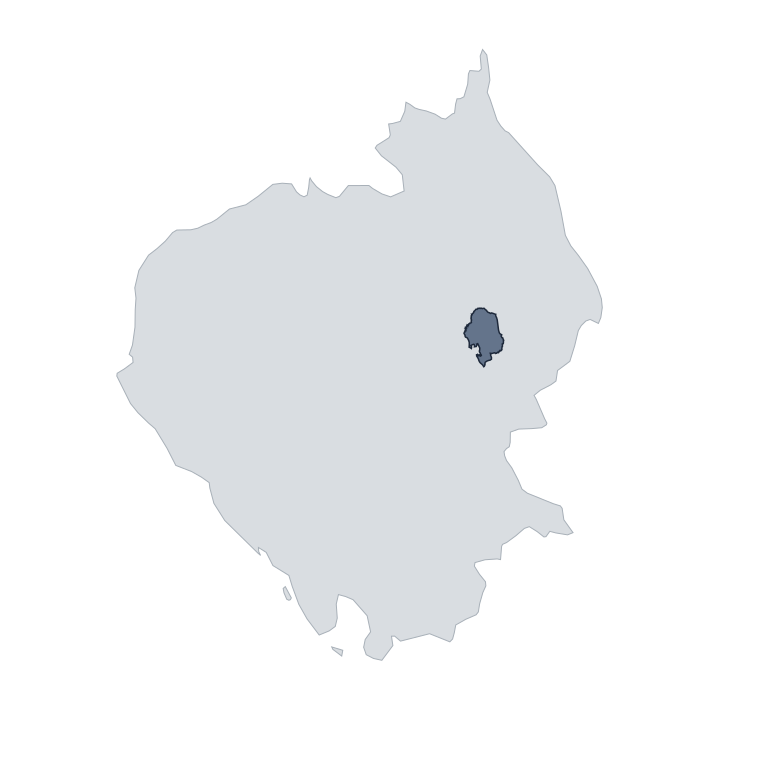 location of Chetr Borei, Krâchéh, Cambodia, rotated 335°
{"feature_id": "14789045B88905029320909", "entity_name": "Chetr Borei", "entity_type": "district", "adm_level": 2, "iso_a3": "KHM", "parent_name": "Cambodia", "parent_adm1": "Krâchéh", "projection": "equal_earth", "projection_center": [106.168, 12.563], "detail": "fine", "context": "in_parent", "style": "filled", "palette": "slate", "viewbox_px": 768, "rotation_deg": 335, "n_neighbors": 0, "source": "geoboundaries", "source_scale": "gbopen_adm2", "svg_char_len": 7783}
<svg xmlns="http://www.w3.org/2000/svg" viewBox="0 0 768 768"><g transform="rotate(335 384 384)"><path d="M614.7,122.5L616.2,129.2L612.4,141.8L608.4,153.3L600.8,163.3L600.5,170.7L597.9,192.7L598.9,199.7L600.7,205.7L603.2,208.9L609.8,230.5L615.8,250.1L621.7,266.2L622.8,276.4L617.4,302.2L611.2,325.9L611.7,337.8L614.5,349.6L617.4,365.4L618.5,385.6L617.0,398.8L614.1,407.0L608.6,415.4L603.9,419.7L598.1,412.6L593.6,412.2L587.5,414.4L582.7,417.7L572.9,430.0L562.0,442.0L547.0,445.1L541.1,454.0L534.9,455.2L523.0,455.7L515.2,457.7L515.5,462.2L514.9,483.4L515.1,488.3L513.9,489.6L508.5,490.3L499.4,487.0L487.0,481.8L478.2,481.0L473.7,490.2L471.0,493.8L467.7,494.3L464.2,496.0L463.0,500.1L462.7,505.2L464.4,514.0L465.0,528.0L464.6,537.6L467.8,543.6L486.7,563.9L492.3,569.0L492.9,572.0L489.6,583.1L492.5,598.6L486.6,598.3L476.8,591.6L472.0,587.6L466.3,590.8L464.3,590.2L460.5,582.6L455.4,574.7L450.2,574.2L439.2,577.3L428.0,579.5L423.7,579.4L422.0,580.8L415.4,592.4L412.7,590.4L401.3,586.0L391.0,584.3L388.9,587.3L390.1,596.8L392.4,606.1L391.0,610.0L385.4,614.8L377.8,623.6L373.2,630.4L370.0,632.1L358.6,631.8L347.2,632.7L342.6,639.1L338.4,644.1L334.7,645.5L319.8,629.6L290.3,624.0L287.1,617.0L284.2,615.7L281.5,624.8L265.3,633.5L258.5,628.3L253.5,621.8L254.3,614.0L259.0,607.6L267.1,603.0L270.8,586.9L264.8,566.4L259.4,560.4L253.7,555.6L247.7,563.3L242.7,576.4L237.4,583.1L230.0,584.6L219.2,584.1L215.0,564.5L213.7,547.7L215.3,528.6L216.9,517.3L206.6,501.6L206.1,486.8L201.1,479.1L199.6,483.0L199.7,487.2L198.3,484.1L182.0,440.5L179.4,420.3L182.2,404.7L183.9,399.5L179.2,391.3L172.6,382.0L160.9,369.8L160.2,350.5L157.7,327.8L154.2,320.1L148.9,306.1L146.0,294.6L145.2,263.9L146.7,261.5L155.0,260.6L165.7,258.4L167.5,253.4L165.6,249.4L172.5,242.4L182.3,227.3L190.0,211.4L195.5,201.4L198.8,191.5L209.9,177.4L225.1,167.7L235.4,165.4L246.2,162.1L256.4,157.4L261.3,156.9L274.1,162.6L281.0,164.1L288.2,164.0L295.7,164.6L302.2,164.0L317.9,160.1L334.5,163.2L349.3,160.7L367.6,156.1L376.6,159.0L384.8,163.6L385.9,172.9L387.8,177.2L390.6,180.5L394.2,180.4L398.9,173.9L402.8,167.3L404.1,166.0L404.3,169.3L406.2,176.6L409.7,183.7L413.2,188.5L419.1,194.8L422.9,195.1L435.5,189.1L454.2,197.7L456.4,202.1L462.5,210.9L469.1,217.2L483.8,217.6L489.0,202.1L486.5,192.6L478.1,176.1L475.8,166.4L478.5,164.7L492.7,162.9L495.0,160.9L498.1,150.3L501.9,151.5L509.8,152.9L518.1,145.6L523.0,137.9L525.6,141.4L528.6,146.8L531.8,149.9L537.8,154.5L544.3,161.0L548.4,167.4L551.7,169.9L560.1,168.1L562.4,168.3L567.2,160.6L570.7,156.4L573.6,157.6L577.8,157.5L586.6,147.6L591.6,138.6L594.3,136.2L602.2,140.7L605.3,139.7L609.8,127.4L614.7,122.5ZM209.6,538.7L208.0,539.9L206.4,539.8L204.9,538.0L205.1,531.0L206.2,526.7L208.9,525.9L209.6,538.7ZM234.1,607.9L230.7,612.7L225.5,602.9L225.5,600.2L234.1,607.9Z" fill="#d9dde1" stroke="#a8b0b8" stroke-width="1"/><path d="M492.0,406.7L492.3,405.9L492.5,405.7L492.6,405.4L492.8,402.8L492.9,402.6L493.3,402.3L493.4,402.1L493.3,401.4L493.3,401.1L494.0,401.4L494.3,401.8L495.0,402.0L496.2,402.2L496.6,402.2L497.4,402.4L497.7,402.8L497.8,403.3L498.2,403.2L498.4,403.3L498.9,403.7L499.1,403.7L499.6,403.4L499.9,403.5L500.5,403.3L500.8,403.9L501.0,404.0L501.1,403.9L501.3,403.5L501.4,403.3L501.5,403.3L501.7,403.5L502.3,403.4L502.5,403.0L502.7,402.7L503.2,402.5L503.5,402.6L503.7,403.1L503.8,403.3L504.8,403.1L504.9,402.9L505.1,402.6L505.5,402.5L505.6,402.4L505.8,401.5L505.9,401.3L506.3,400.9L506.6,400.4L506.7,400.1L506.8,400.0L507.1,400.0L507.3,399.9L507.6,399.1L507.9,398.4L508.0,398.0L508.0,397.8L508.3,397.8L508.4,397.7L508.6,397.7L508.7,397.8L508.9,397.6L509.2,397.7L509.7,397.1L509.9,396.4L510.4,395.7L510.5,395.1L511.0,394.9L510.9,394.4L511.0,393.8L510.9,393.1L511.1,392.7L511.1,392.3L511.0,392.2L510.6,391.9L510.4,391.7L510.4,391.3L510.5,391.1L510.5,390.9L510.4,390.2L510.6,389.8L510.7,389.6L510.8,389.5L511.2,389.5L511.3,389.3L511.5,389.0L511.2,388.7L510.8,388.2L510.2,387.1L510.2,386.6L510.2,385.9L510.5,384.0L510.7,383.2L513.7,373.8L513.8,373.2L514.0,371.9L514.1,371.3L514.0,370.0L514.1,369.4L514.3,368.9L514.7,368.1L514.4,368.0L514.1,367.5L513.9,367.4L513.3,366.7L512.8,366.2L512.5,365.9L512.0,365.5L511.6,365.1L511.4,365.0L511.0,365.0L510.8,365.1L510.4,365.1L510.2,365.0L510.1,364.9L510.1,364.6L509.6,363.9L509.2,363.6L508.7,363.1L508.4,362.6L508.3,362.3L508.1,361.8L508.0,361.4L508.1,361.0L508.1,360.7L507.7,360.0L507.4,359.7L507.0,358.5L506.9,358.3L506.8,357.8L506.2,357.5L506.0,357.4L505.0,357.2L504.9,357.2L504.7,356.9L504.3,356.5L504.0,356.2L503.9,356.2L503.6,356.4L502.5,355.6L502.2,355.7L501.3,355.2L501.2,355.1L500.8,355.4L500.5,355.4L500.3,355.5L500.0,355.5L499.8,355.6L499.6,355.4L499.0,355.1L498.7,355.2L498.4,355.4L496.6,356.2L496.3,356.1L496.1,356.2L495.9,356.6L495.6,356.9L495.5,357.1L495.4,357.2L495.1,357.2L494.9,357.4L494.7,357.5L494.4,357.5L493.9,357.7L493.7,357.7L493.6,357.8L493.4,358.1L493.2,358.2L493.1,358.3L493.0,358.2L493.0,358.3L492.9,358.5L492.6,358.5L492.5,358.8L492.2,358.9L492.0,359.2L491.8,359.2L491.7,359.5L491.6,359.8L491.3,360.1L491.2,360.2L491.1,360.4L491.2,360.6L491.0,360.8L490.9,361.1L490.8,361.3L490.7,361.3L490.6,361.5L490.5,361.9L490.4,361.9L490.4,362.2L490.5,362.4L490.4,362.9L490.2,363.0L490.2,363.3L490.0,363.5L489.8,363.6L489.7,363.8L489.6,364.0L489.4,364.3L489.4,364.8L489.3,365.1L489.1,365.3L488.9,365.3L488.5,365.3L488.3,365.3L488.0,365.3L487.8,365.2L487.7,365.1L487.4,365.3L487.2,365.5L487.0,365.4L486.9,365.4L486.7,365.4L486.5,365.5L486.4,365.5L486.3,365.4L486.2,365.4L486.1,365.6L485.8,365.7L485.7,365.7L485.6,366.0L485.3,366.4L485.2,366.3L485.2,366.5L484.9,366.5L484.8,366.8L484.7,366.9L484.4,366.8L484.2,366.8L484.2,366.7L484.0,366.9L483.9,366.9L483.9,366.7L483.7,366.6L483.7,366.8L483.6,366.7L483.4,366.8L483.4,366.7L483.2,367.0L482.8,367.3L482.7,367.2L482.6,367.5L482.4,367.5L482.2,367.6L482.2,367.8L482.1,367.7L482.1,367.8L481.9,367.9L481.9,368.0L481.6,367.8L481.6,368.1L481.5,368.3L481.4,368.3L481.5,368.4L481.4,368.5L481.5,368.6L481.4,368.7L481.3,368.8L481.2,368.8L481.2,369.0L481.3,369.3L481.3,369.5L481.2,369.7L481.1,369.8L480.9,369.9L480.7,369.8L480.5,369.6L480.4,369.5L480.2,369.7L480.2,369.9L480.0,370.0L479.9,370.3L480.0,370.4L479.7,370.4L479.6,370.6L479.4,370.7L479.5,370.8L479.4,370.9L479.3,370.7L479.2,370.8L478.0,371.7L477.9,372.2L478.0,373.1L478.1,374.1L478.0,374.3L477.8,374.5L477.7,374.9L477.7,375.7L477.7,375.9L478.0,376.3L478.6,376.9L478.8,377.2L478.9,377.5L479.0,377.8L479.1,379.5L479.1,380.5L478.9,381.9L478.8,382.4L478.7,382.7L478.2,383.7L477.8,384.7L477.3,385.5L476.7,386.7L477.4,387.4L478.2,388.7L479.0,387.5L479.1,387.0L479.0,386.5L479.1,386.3L479.2,386.1L479.1,385.8L481.8,385.8L482.3,386.1L482.4,386.4L482.3,386.9L482.2,387.4L482.1,387.8L481.9,388.2L481.7,388.5L482.2,388.6L483.5,389.0L484.1,388.3L484.4,388.1L484.7,387.9L484.9,387.5L484.9,387.2L485.1,387.3L485.3,387.2L485.5,387.0L485.7,386.9L486.0,387.0L486.0,391.9L485.0,393.8L484.9,393.8L484.5,394.2L484.2,394.9L484.1,395.2L484.1,395.5L484.3,395.9L484.2,396.2L484.3,396.4L484.3,396.8L484.2,397.3L484.2,397.7L484.3,398.1L484.4,398.3L484.4,398.6L484.2,399.0L484.2,399.3L483.8,399.3L483.5,399.5L483.1,399.5L483.0,399.4L482.9,399.2L483.0,398.6L482.9,398.4L482.8,398.1L482.3,398.5L482.2,398.5L481.5,398.4L481.4,398.3L481.5,398.2L481.8,397.9L481.9,397.7L481.7,397.3L481.6,397.1L481.4,397.4L481.2,397.4L481.2,397.0L481.2,396.8L481.1,396.7L480.7,396.8L480.4,396.7L480.4,396.8L479.8,397.6L479.9,398.4L480.1,400.1L480.1,401.7L479.9,402.9L479.9,403.3L480.0,404.7L480.3,405.8L481.0,407.3L481.4,408.3L481.5,408.8L481.7,410.5L482.3,410.4L482.7,410.1L483.1,409.8L483.5,409.2L483.6,408.9L483.8,408.9L484.0,408.6L484.2,408.0L484.6,407.4L484.9,407.1L485.2,407.0L485.6,406.9L486.1,406.9L486.8,406.8L487.2,406.7L488.9,406.9L490.1,407.2L490.5,407.2L491.1,407.0L491.6,407.0L491.9,406.9L492.0,406.7Z" fill="#64748b" stroke="#1e293b" stroke-width="1.5"/></g></svg>